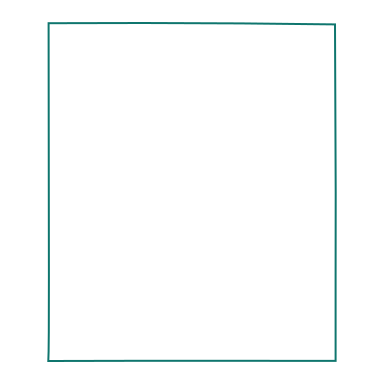 Dodge, Minnesota, United States of America
{"feature_id": "52423323B23737543876644", "entity_name": "Dodge", "entity_type": "district", "adm_level": 2, "iso_a3": "USA", "parent_name": "United States of America", "parent_adm1": "Minnesota", "projection": "robinson", "projection_center": [-92.863, 44.023], "detail": "fine", "context": "isolated", "style": "outline", "palette": "teal", "viewbox_px": 384, "rotation_deg": 0, "n_neighbors": 0, "source": "geoboundaries", "source_scale": "gbopen_adm2", "svg_char_len": 307}
<svg xmlns="http://www.w3.org/2000/svg" viewBox="0 0 384 384"><path d="M335.0,24.4L241.3,23.4L142.8,23.0L52.3,23.2L48.6,23.2L48.9,276.4L48.8,332.4L48.6,351.7L48.3,361.0L139.0,360.8L241.1,360.8L327.0,360.9L335.6,360.9L335.6,276.8L335.7,192.9L335.0,24.4Z" fill="none" stroke="#0f766e" stroke-width="2"/></svg>